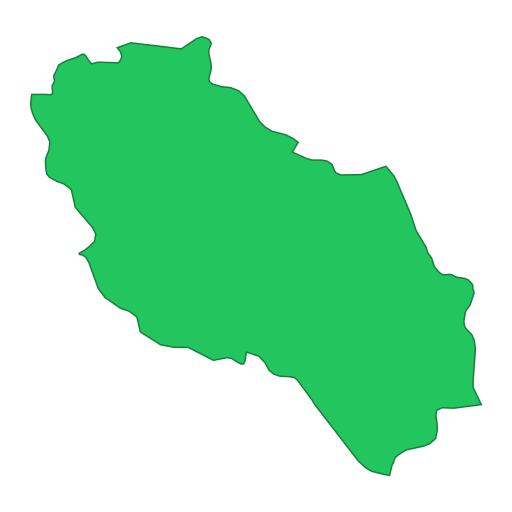 an SVG outline of Berat
{"feature_id": "ALB-1523", "entity_name": "Berat", "entity_type": "County", "adm_level": 1, "iso_a3": "ALB", "parent_name": "Albania", "parent_adm1": "", "projection": "albers", "projection_center": [20.072, 40.618], "detail": "fine", "context": "isolated", "style": "filled", "palette": "green", "viewbox_px": 512, "rotation_deg": 0, "n_neighbors": 0, "source": "natural_earth", "source_scale": "10m", "svg_char_len": 2191}
<svg xmlns="http://www.w3.org/2000/svg" viewBox="0 0 512 512"><path d="M202.2,36.7L207.5,38.7L209.3,39.6L211.3,43.4L209.1,49.2L208.8,51.5L208.9,54.4L210.8,62.1L211.2,66.1L211.1,69.8L209.1,77.5L209.1,81.1L212.1,83.8L220.8,86.6L230.9,87.7L238.4,90.7L244.1,95.5L259.5,121.4L265.1,127.1L272.0,131.3L286.4,135.0L293.6,138.9L298.2,142.4L292.3,152.1L306.7,158.6L312.3,160.1L321.8,160.1L327.3,161.2L332.0,164.4L334.5,170.5L335.9,172.9L340.9,175.0L361.3,174.6L385.9,166.3L393.7,175.6L396.9,181.7L410.6,213.9L416.1,230.6L426.1,247.2L427.7,252.7L431.6,258.0L434.4,266.8L439.3,272.5L442.5,274.6L446.1,274.7L449.2,274.4L452.0,274.8L454.9,276.5L457.5,277.3L464.6,278.4L468.0,279.7L472.1,284.0L472.9,285.8L472.6,288.4L473.9,291.0L473.9,293.6L470.1,305.0L466.9,309.3L465.6,311.4L464.2,318.4L463.9,321.6L464.4,325.5L465.6,328.2L471.8,334.7L474.3,340.5L475.4,348.8L473.0,382.1L473.2,387.6L481.3,404.6L453.6,408.2L442.4,407.7L436.7,410.2L435.9,415.9L437.1,423.4L437.4,430.2L435.6,438.5L430.2,443.3L424.2,445.9L405.9,450.1L398.2,454.9L395.2,457.7L394.1,460.0L393.8,461.9L391.9,465.6L389.6,475.3L385.3,474.7L371.6,471.3L365.9,467.9L358.4,461.1L314.2,403.8L312.5,400.7L297.8,380.6L294.6,377.6L289.8,376.7L279.9,376.2L273.6,374.0L269.2,370.4L264.8,362.5L258.8,356.2L246.5,352.1L245.6,357.0L245.4,359.3L244.6,362.1L243.7,363.8L241.3,364.1L238.1,362.6L231.6,358.4L227.0,357.7L213.4,360.3L188.2,347.4L173.9,347.3L160.7,344.8L140.4,332.0L136.9,317.1L134.6,315.2L129.0,311.2L120.2,308.1L105.0,297.5L98.2,288.3L88.9,262.6L85.9,257.4L82.6,255.0L79.6,254.5L79.0,253.7L80.2,252.6L84.4,250.4L89.3,246.6L94.6,241.2L95.8,234.0L92.5,227.5L75.3,207.4L71.4,189.9L68.2,187.0L63.0,183.5L57.7,181.7L49.5,177.4L46.8,174.0L46.0,169.9L45.5,164.0L45.5,160.7L45.9,157.9L49.0,149.9L49.8,141.8L47.4,136.1L35.6,120.1L32.5,113.1L30.9,106.9L30.7,103.2L31.7,94.4L46.4,94.4L49.6,95.0L52.4,94.0L52.6,91.2L52.1,88.2L52.3,85.3L54.5,81.3L54.3,79.6L53.8,77.4L54.0,75.0L56.9,69.5L58.6,65.2L61.4,63.3L66.1,60.9L75.7,57.6L82.6,54.1L84.1,54.4L85.8,55.8L88.5,60.2L91.6,63.8L98.1,62.2L118.4,62.8L120.0,60.7L121.9,57.0L121.1,53.8L120.4,51.8L117.2,47.7L130.9,42.8L181.3,48.9L196.8,38.5L202.2,36.7Z" fill="#22c55e" stroke="#15803d" stroke-width="1.5"/></svg>